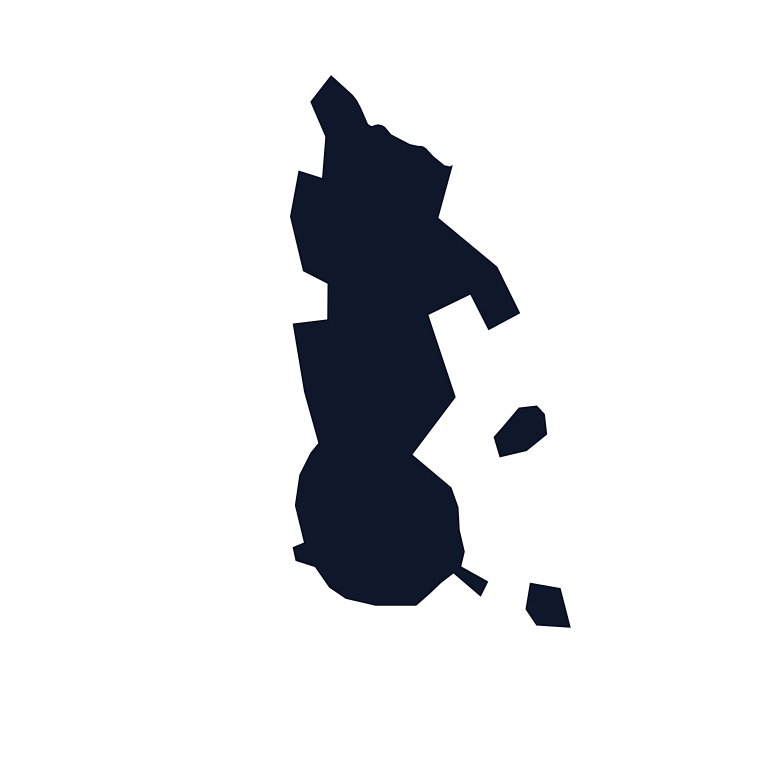 Moskva, orthographic projection, rotated 154°
{"feature_id": "RUS-2365", "entity_name": "Moskva", "entity_type": "Federal City", "adm_level": 1, "iso_a3": "RUS", "parent_name": "Russia", "parent_adm1": "", "projection": "orthographic", "projection_center": [37.264, 55.525], "detail": "fine", "context": "isolated", "style": "filled", "palette": "ink", "viewbox_px": 768, "rotation_deg": 154, "n_neighbors": 0, "source": "natural_earth", "source_scale": "10m", "svg_char_len": 1119}
<svg xmlns="http://www.w3.org/2000/svg" viewBox="0 0 768 768"><g transform="rotate(154 384 384)"><path d="M296.6,683.8L286.2,657.6L285.3,653.9L284.7,650.5L284.4,641.9L285.2,624.9L284.2,622.7L282.5,620.4L278.1,619.9L275.6,619.2L272.4,616.4L271.1,614.2L268.8,604.9L256.2,587.8L249.5,582.5L246.0,580.7L244.5,578.8L243.5,576.9L240.9,568.3L240.1,566.0L234.4,553.6L229.7,549.9L227.8,549.9L263.2,509.6L231.5,439.5L231.3,388.6L265.8,387.3L266.5,427.3L314.5,427.4L326.0,341.2L390.4,308.4L369.5,261.3L371.8,240.8L380.7,219.7L385.6,198.2L395.5,186.2L377.9,160.9L390.0,151.6L404.2,184.2L420.3,180.8L434.9,176.1L452.2,171.4L488.3,189.0L511.9,208.1L521.8,225.4L525.6,250.1L540.2,264.0L537.1,276.6L524.9,275.8L516.6,313.7L499.3,339.0L479.8,353.8L468.2,359.2L458.6,411.7L439.1,477.4L406.3,466.0L389.9,498.9L406.5,521.1L394.4,575.3L367.1,612.2L349.2,595.1L327.6,631.7L325.8,669.5L296.6,683.8ZM285.1,262.0L311.4,267.9L308.1,287.8L294.2,293.6L273.1,302.9L256.6,297.0L253.4,286.5L260.0,267.8L285.1,262.0ZM323.5,84.2L352.2,100.6L354.8,119.3L339.8,140.4L315.6,122.8L323.5,84.2Z" fill="#0f172a" stroke="#020617" stroke-width="1.5"/></g></svg>